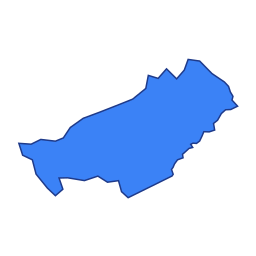 Kato Zodeia, Cyprus (Mercator projection), rotated 184°
{"feature_id": "46923920B4985084471398", "entity_name": "Kato Zodeia", "entity_type": "district", "adm_level": 2, "iso_a3": "CYP", "parent_name": "Cyprus", "parent_adm1": "", "projection": "mercator", "projection_center": [32.975, 35.159], "detail": "fine", "context": "isolated", "style": "filled", "palette": "blue", "viewbox_px": 256, "rotation_deg": 184, "n_neighbors": 0, "source": "geoboundaries", "source_scale": "gbopen_adm2", "svg_char_len": 882}
<svg xmlns="http://www.w3.org/2000/svg" viewBox="0 0 256 256"><g transform="rotate(184 128 128)"><path d="M35.0,180.6L48.1,188.2L61.2,199.8L72.8,200.6L75.9,189.7L82.9,180.4L93.7,189.7L101.4,179.6L111.4,181.9L113.0,168.7L125.4,157.1L141.6,149.3L157.8,141.6L173.3,134.6L185.6,124.5L191.8,113.6L199.5,109.8L214.2,110.5L223.5,105.1L235.8,105.1L231.2,93.5L221.2,89.6L216.5,75.6L204.2,62.4L195.7,55.4L188.7,62.4L193.3,73.3L184.8,74.1L167.8,72.5L154.7,77.9L144.7,72.5L133.8,74.8L130.0,64.0L123.0,58.5L80.7,83.2L79.7,85.0L81.7,89.7L80.3,91.9L79.1,95.4L76.4,99.7L71.0,102.1L71.8,105.6L69.2,108.2L65.7,111.9L62.1,113.1L64.3,116.1L62.1,117.4L58.6,117.4L55.6,120.0L53.6,125.1L52.1,129.6L46.7,129.8L41.4,132.0L43.0,138.5L39.2,142.0L35.9,148.9L31.9,153.0L26.8,153.6L20.2,157.4L26.2,163.1L25.5,166.9L28.4,171.1L30.6,176.5L35.0,180.6Z" fill="#3b82f6" stroke="#1e3a8a" stroke-width="1.5"/></g></svg>